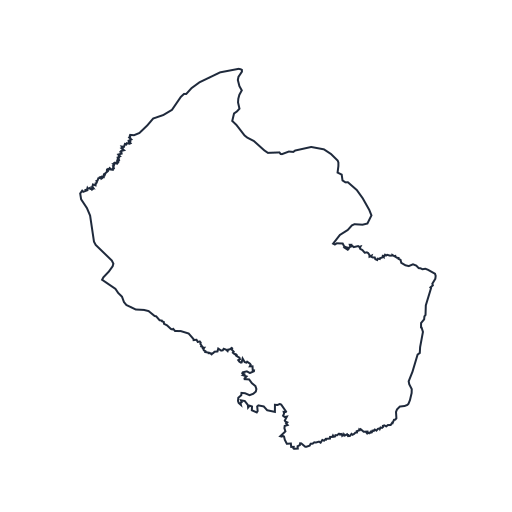 outline of Phanna Nikhom, Sakon Nakhon, Thailand, rotated 105°
{"feature_id": "78962969B32881438495472", "entity_name": "Phanna Nikhom", "entity_type": "district", "adm_level": 2, "iso_a3": "THA", "parent_name": "Thailand", "parent_adm1": "Sakon Nakhon", "projection": "robinson", "projection_center": [103.939, 17.31], "detail": "fine", "context": "isolated", "style": "outline", "palette": "slate", "viewbox_px": 512, "rotation_deg": 105, "n_neighbors": 0, "source": "geoboundaries", "source_scale": "gbopen_adm2", "svg_char_len": 6097}
<svg xmlns="http://www.w3.org/2000/svg" viewBox="0 0 512 512"><g transform="rotate(105 256 256)"><path d="M259.7,79.2L241.7,78.6L241.2,79.4L238.6,77.6L237.1,78.5L231.6,76.9L228.7,77.3L226.8,78.5L224.8,86.4L224.5,89.1L225.7,91.8L225.3,93.9L225.6,95.7L223.8,98.7L223.4,102.2L226.2,105.8L226.3,109.3L225.0,113.9L222.3,115.4L221.9,117.6L221.0,117.8L221.2,119.4L220.6,121.2L219.9,121.5L220.4,122.3L219.7,124.6L220.3,124.5L221.0,126.7L220.9,129.6L221.9,130.5L221.4,131.7L223.2,132.2L223.1,132.7L224.0,132.4L223.6,133.5L224.5,133.4L226.2,135.8L226.9,135.7L227.1,137.8L228.5,137.9L228.2,139.9L226.7,140.9L227.2,142.9L226.9,144.6L225.8,144.5L227.3,146.2L225.5,146.8L224.1,148.5L223.8,149.9L224.7,151.8L222.7,154.8L222.2,157.1L221.3,157.8L219.8,157.5L220.5,158.6L220.0,159.9L222.1,163.9L221.4,165.3L222.2,166.6L220.5,166.8L220.9,168.3L222.4,167.3L224.1,168.2L224.2,169.7L225.3,168.5L226.2,169.0L225.0,172.7L224.1,171.9L223.9,173.3L221.5,175.5L222.8,181.2L224.5,182.8L224.1,184.7L213.9,180.4L207.1,174.1L201.6,171.3L199.8,169.1L198.2,161.2L195.8,156.8L186.9,155.0L182.2,158.5L172.6,167.9L166.2,175.7L161.0,186.3L161.7,188.7L160.6,192.0L155.2,194.3L154.3,198.8L147.8,199.7L144.4,200.6L142.7,201.8L138.1,209.9L135.4,218.0L136.4,230.9L144.0,245.5L145.8,246.9L146.6,251.3L150.9,257.3L151.1,258.6L149.9,260.2L153.3,271.2L151.8,275.4L145.5,287.8L143.9,295.1L142.5,298.3L134.5,308.8L131.7,313.9L124.0,314.1L121.4,311.9L118.0,310.1L112.3,313.1L108.7,313.8L104.6,313.8L99.7,312.6L96.2,316.0L90.7,319.1L87.4,319.3L81.6,317.3L79.9,317.8L79.6,319.1L79.7,321.2L87.9,338.2L102.8,355.5L110.5,361.7L117.5,365.3L118.1,367.5L121.8,369.8L136.6,375.0L143.8,382.0L149.8,390.9L158.0,394.8L167.4,400.5L170.9,405.1L171.6,408.9L173.0,409.0L173.5,408.4L174.4,409.1L175.7,406.6L178.2,409.5L177.3,406.5L178.5,407.8L179.5,406.4L179.9,407.0L179.3,408.0L180.3,407.6L180.5,410.0L182.8,410.3L181.6,410.6L181.6,411.6L184.7,411.8L185.0,414.0L186.0,412.9L186.7,413.8L188.0,410.9L189.4,413.4L190.4,413.9L190.6,412.9L191.9,412.3L193.6,415.2L194.8,413.3L195.3,414.3L196.2,413.8L196.8,415.1L198.3,414.4L197.8,413.8L198.9,413.0L199.9,413.5L199.8,414.3L199.2,414.2L199.5,414.8L200.4,414.7L200.8,413.8L201.6,414.3L201.6,413.6L202.8,414.1L202.3,416.4L203.0,417.1L203.6,416.7L204.1,417.7L204.7,416.7L205.9,416.7L206.2,417.3L208.1,415.9L208.7,416.3L208.1,416.8L209.8,416.6L210.1,419.1L209.4,419.0L209.0,420.1L210.0,420.2L210.2,421.3L211.0,421.1L211.2,422.3L212.2,422.1L211.8,421.2L212.3,421.0L216.2,423.7L216.4,423.0L217.1,423.1L216.9,423.9L219.1,423.5L219.0,424.8L220.3,424.5L221.3,425.4L219.8,426.2L220.3,427.1L220.9,426.7L221.7,428.4L224.1,428.6L224.8,429.5L225.6,428.8L227.2,429.1L227.4,429.7L229.3,429.3L229.1,432.0L231.4,432.0L232.4,430.8L232.4,431.8L233.4,430.9L234.3,431.6L233.7,432.1L234.1,433.3L233.2,434.1L234.6,435.8L234.0,436.4L235.7,436.4L236.0,437.1L236.4,436.3L238.7,439.5L237.9,440.8L241.1,442.0L246.5,439.6L253.5,431.7L259.9,426.7L284.1,416.2L286.8,413.7L297.7,394.1L300.3,391.8L303.0,391.8L309.1,394.1L316.1,397.9L318.8,398.5L324.1,383.3L327.4,379.5L330.0,374.9L334.7,371.6L336.9,368.5L338.8,358.3L337.1,350.3L337.0,345.5L340.2,338.4L340.1,336.8L343.0,332.5L342.8,330.2L343.4,329.9L343.6,328.0L345.3,327.3L346.0,324.0L348.5,319.3L348.6,317.9L347.8,317.1L349.4,314.8L348.0,309.3L348.3,301.0L352.4,294.9L353.4,294.5L352.3,291.8L354.1,290.0L353.1,288.2L354.0,287.0L355.3,287.0L356.7,285.3L357.5,285.5L357.6,284.1L358.6,283.7L358.1,282.3L359.5,282.8L360.6,282.0L361.1,280.1L361.9,280.1L361.6,276.5L362.1,276.4L361.7,275.1L362.5,273.4L362.0,273.1L362.3,272.6L361.4,273.2L360.9,272.2L359.2,271.3L358.2,268.5L355.2,268.5L356.4,265.2L355.7,263.7L354.0,263.2L354.2,260.7L355.2,258.8L353.6,258.7L353.1,257.3L351.1,255.7L351.4,255.1L352.6,255.3L354.2,252.8L355.4,253.3L356.4,251.2L356.0,250.2L356.5,249.5L357.1,250.5L356.8,249.1L357.6,249.0L358.5,245.7L359.9,244.8L361.2,246.2L362.4,244.7L362.9,243.0L362.5,242.3L358.5,242.4L361.4,239.5L361.5,237.7L360.4,237.2L361.6,233.9L362.4,233.0L364.2,233.4L363.5,230.8L367.2,229.6L367.0,228.3L367.9,228.2L370.6,231.6L369.8,235.0L371.8,238.7L372.7,238.9L373.2,236.8L374.5,237.9L374.8,234.0L377.3,235.4L377.9,235.1L377.0,230.7L379.9,227.1L381.8,222.9L384.4,221.2L387.0,221.1L389.8,223.0L392.1,226.2L391.4,231.1L392.0,234.6L394.3,234.2L397.5,236.4L400.6,235.9L402.4,234.7L403.7,232.1L402.1,233.0L400.9,232.0L399.3,233.2L399.0,229.3L402.0,225.3L404.4,224.4L402.2,223.4L402.4,220.9L406.1,220.1L406.9,214.8L405.3,214.3L401.0,215.9L399.7,215.0L399.3,209.6L402.1,205.3L401.7,197.4L394.8,199.2L394.4,196.8L392.8,194.7L393.0,193.2L398.5,186.7L399.0,186.9L399.4,188.9L400.9,188.1L403.3,188.5L404.1,186.7L403.1,184.6L407.5,185.6L408.3,184.7L408.6,182.8L409.8,183.6L411.1,181.7L412.7,184.3L415.0,184.0L417.8,182.2L423.8,185.9L423.8,184.4L422.9,183.3L423.1,182.2L426.1,180.6L429.4,177.6L428.1,173.8L431.3,172.6L430.6,170.2L432.1,170.1L432.4,169.4L431.2,165.8L429.0,166.6L427.3,164.7L425.5,164.9L425.3,163.8L427.5,159.1L427.3,158.1L425.3,155.1L423.2,154.6L422.6,152.7L420.9,151.5L420.7,149.9L419.0,147.1L419.6,145.3L416.5,144.3L416.8,142.5L415.5,141.8L415.3,140.9L414.5,141.1L413.2,137.3L411.6,137.6L411.0,135.5L409.5,135.2L410.5,134.2L409.9,133.0L408.5,132.9L408.2,131.3L406.2,129.9L406.1,128.7L406.7,128.4L405.7,127.1L407.3,126.2L406.5,125.7L406.6,124.9L405.5,124.9L406.4,123.7L404.6,121.9L405.3,121.3L405.1,120.7L406.1,120.4L405.6,118.8L403.1,117.7L403.7,116.5L402.5,115.2L400.9,114.3L400.3,112.8L399.1,113.3L397.9,111.4L396.7,111.4L397.1,110.5L396.2,110.1L397.9,106.5L396.9,103.4L398.0,103.6L398.5,102.9L397.9,102.8L397.9,101.6L397.4,101.9L397.3,100.1L396.1,99.6L396.7,99.3L396.5,98.6L394.2,97.7L394.4,96.9L392.9,96.3L393.5,94.5L391.4,93.5L390.5,91.9L390.9,91.6L389.4,91.3L389.4,89.8L388.2,89.0L387.2,89.4L386.4,88.2L386.9,86.1L385.2,84.9L384.4,82.2L381.8,81.3L382.0,80.8L378.5,80.3L378.0,79.1L376.4,78.4L370.4,80.4L367.7,80.1L364.2,78.1L362.4,73.6L360.7,71.3L359.4,70.5L355.4,70.0L348.1,70.2L344.3,71.1L340.2,74.8L337.5,76.1L327.3,74.9L309.4,74.4L307.3,72.7L301.5,73.9L286.1,75.1L282.3,77.5L282.3,78.1L278.0,79.2L273.7,77.2L270.7,77.7L269.1,77.0L259.7,79.2Z" fill="none" stroke="#1e293b" stroke-width="2"/></g></svg>